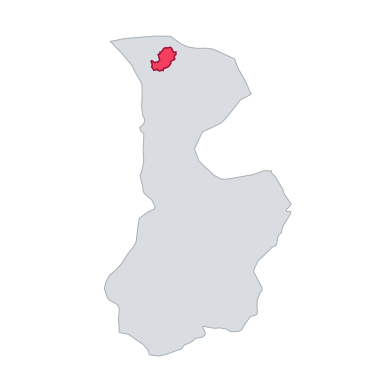 where Aizputes sits in Latvia, rotated 84°
{"feature_id": "LVA-5714", "entity_name": "Aizputes", "entity_type": "Municipality", "adm_level": 1, "iso_a3": "LVA", "parent_name": "Latvia", "parent_adm1": "", "projection": "mercator", "projection_center": [21.624, 56.709], "detail": "fine", "context": "in_parent", "style": "filled", "palette": "rose", "viewbox_px": 384, "rotation_deg": 84, "n_neighbors": 0, "source": "natural_earth", "source_scale": "10m", "svg_char_len": 2514}
<svg xmlns="http://www.w3.org/2000/svg" viewBox="0 0 384 384"><g transform="rotate(84 192 192)"><path d="M280.2,289.4L277.9,289.0L271.6,286.5L266.3,282.9L263.1,278.0L257.6,271.3L254.0,267.9L248.3,263.6L238.9,254.8L235.4,252.7L218.6,248.9L212.5,247.1L206.9,237.1L205.1,231.3L202.3,230.3L199.3,231.5L196.0,232.7L188.5,239.5L186.0,240.5L181.3,240.5L170.3,242.0L165.3,239.6L156.6,236.8L151.9,236.4L147.8,236.5L129.2,233.8L125.9,236.7L122.4,237.3L119.1,232.7L115.0,231.4L110.5,233.0L102.2,233.2L92.4,231.7L79.9,230.6L78.0,231.1L64.1,237.1L60.7,238.0L45.7,248.1L33.7,257.5L32.3,242.5L33.1,212.1L34.9,197.0L43.1,188.1L47.3,181.2L49.7,171.9L50.4,163.3L52.1,156.2L64.1,135.7L73.6,133.4L86.4,127.7L100.8,122.9L103.5,129.0L104.9,133.6L122.2,150.5L126.6,156.1L133.3,175.3L149.3,185.0L161.9,181.9L167.4,177.2L177.5,168.5L182.0,162.1L182.9,156.0L181.1,129.5L178.4,118.0L179.3,110.7L181.1,111.1L185.4,107.6L199.4,101.2L202.2,100.9L205.5,99.5L214.3,94.6L217.2,97.2L219.6,100.2L220.9,100.2L221.5,99.1L221.3,97.2L221.9,95.8L224.5,96.6L234.8,104.7L238.7,106.6L241.4,107.1L244.7,110.9L253.4,113.4L254.5,115.4L255.2,117.8L263.4,128.1L267.1,133.2L274.4,137.9L277.5,139.0L290.2,134.2L293.8,132.5L296.7,132.5L299.7,135.0L306.6,138.4L312.8,139.4L313.9,139.2L319.1,139.6L321.0,140.9L322.2,147.3L328.1,152.4L333.7,156.6L335.1,158.6L335.5,162.3L335.1,166.7L334.4,169.0L332.1,171.6L330.1,178.1L329.8,184.4L326.7,195.2L327.4,195.4L334.1,193.4L336.0,194.5L337.4,196.9L337.9,203.7L340.1,206.7L342.3,211.4L343.0,215.1L347.3,219.4L347.6,222.3L350.2,232.2L351.2,237.9L351.7,242.3L350.4,247.9L349.2,251.7L347.9,251.5L344.1,252.5L338.1,257.0L329.1,267.7L326.8,270.1L324.4,278.2L323.9,279.1L318.6,278.7L317.2,278.5L312.0,278.6L300.6,276.5L296.2,277.9L290.4,286.1L288.1,287.3L281.4,288.5L280.2,289.4Z" fill="#d9dde1" stroke="#a8b0b8" stroke-width="1"/><path d="M51.1,193.4L53.6,193.6L54.6,195.3L55.1,195.5L56.9,195.5L58.0,195.2L58.7,196.2L58.8,197.0L59.3,198.0L59.7,198.9L60.3,199.6L60.6,199.7L61.6,199.6L61.9,199.6L64.5,201.8L65.5,203.6L65.6,204.4L65.9,205.1L66.0,205.9L65.8,206.6L66.2,207.1L67.3,207.7L68.2,208.0L67.6,209.5L67.9,210.1L68.3,211.3L68.1,211.9L67.8,212.7L67.4,213.2L66.2,214.0L66.8,215.3L67.0,216.0L66.9,216.4L67.0,217.2L65.1,218.1L63.3,219.1L61.1,218.2L57.7,219.1L57.1,218.2L59.2,216.0L59.2,213.9L58.7,211.5L57.1,210.3L54.7,210.8L53.5,210.8L51.8,211.4L50.8,209.1L49.6,209.3L49.4,207.6L46.7,205.5L45.7,203.8L46.1,202.2L45.9,198.2L47.0,197.2L49.9,196.3L51.2,195.6L51.1,193.4Z" fill="#f43f5e" stroke="#9f1239" stroke-width="1.5"/></g></svg>